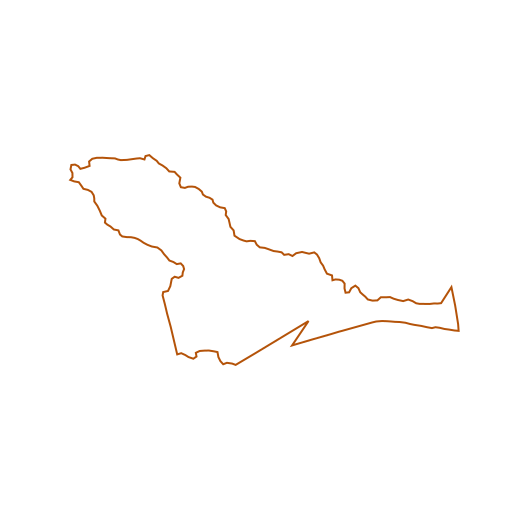 the district of Miguel Pereira, Rio de Janeiro, Brazil, rotated 228°
{"feature_id": "56859067B27142515072049", "entity_name": "Miguel Pereira", "entity_type": "district", "adm_level": 2, "iso_a3": "BRA", "parent_name": "Brazil", "parent_adm1": "Rio de Janeiro", "projection": "mercator", "projection_center": [-43.464, -22.53], "detail": "fine", "context": "isolated", "style": "outline", "palette": "amber", "viewbox_px": 512, "rotation_deg": 228, "n_neighbors": 0, "source": "geoboundaries", "source_scale": "gbopen_adm2", "svg_char_len": 2755}
<svg xmlns="http://www.w3.org/2000/svg" viewBox="0 0 512 512"><g transform="rotate(228 256 256)"><path d="M437.9,195.2L434.3,192.6L436.3,187.6L438.3,183.8L441.7,184.0L445.0,182.7L447.2,179.7L444.5,176.1L440.5,175.1L437.3,172.3L436.8,168.9L433.1,170.8L429.4,173.7L424.9,173.2L421.4,172.7L417.6,175.3L413.7,176.7L409.7,176.0L407.1,174.4L404.7,172.3L399.5,171.7L394.1,170.2L389.3,168.5L384.5,169.1L381.9,166.1L378.8,166.5L375.3,167.6L370.8,168.1L367.1,170.9L363.0,169.3L360.0,169.7L356.4,172.7L353.7,175.6L350.7,177.9L347.7,179.5L344.6,180.5L341.1,181.3L337.0,182.8L332.8,184.9L328.3,188.4L323.5,189.4L318.9,188.9L314.4,188.9L310.6,188.6L306.8,190.6L303.0,191.7L300.9,195.1L297.3,195.2L294.4,193.8L292.8,190.6L290.6,188.1L291.6,183.8L295.0,181.7L295.4,178.1L293.0,174.9L290.9,172.1L288.9,167.2L291.3,162.9L289.2,160.2L281.3,156.1L276.7,153.6L272.9,151.5L260.4,145.2L235.6,131.6L233.8,135.4L229.7,137.2L226.1,138.2L221.6,140.7L221.1,144.5L224.3,146.5L223.1,150.6L220.0,154.6L217.2,157.8L213.5,160.8L210.4,163.1L206.0,160.4L201.7,159.2L197.5,159.2L196.1,162.9L192.0,166.3L188.7,168.0L184.2,190.5L172.5,251.5L169.7,240.3L165.4,223.0L156.5,241.6L147.9,259.2L144.2,267.1L142.8,269.8L128.8,298.0L126.9,301.5L123.3,306.2L119.8,309.8L116.9,312.6L114.2,315.1L110.8,318.6L106.4,322.4L102.5,324.9L99.0,327.5L93.5,332.0L88.7,335.4L84.7,338.5L83.0,341.7L79.7,344.5L75.7,347.2L72.2,350.2L67.9,353.6L64.8,356.5L70.1,360.6L83.2,369.1L86.0,370.9L102.1,380.4L97.1,362.0L99.1,359.2L101.5,356.7L104.2,352.9L107.9,348.9L111.0,345.5L113.7,343.4L117.6,342.2L121.8,340.0L124.0,335.2L128.4,332.0L132.2,329.7L135.8,328.1L138.4,324.9L141.8,321.2L141.8,316.5L144.9,312.7L148.9,310.0L152.6,310.0L156.2,309.5L159.3,309.2L163.6,310.6L167.5,310.0L168.3,305.3L166.7,300.9L168.8,298.0L172.7,300.1L176.2,303.4L179.8,303.6L182.7,302.0L185.4,299.4L186.8,296.6L190.7,299.5L195.4,296.9L200.2,298.1L203.9,299.4L208.0,299.8L212.1,301.5L216.3,302.3L219.7,301.7L222.2,297.0L225.1,295.0L228.2,292.9L231.2,287.7L231.6,283.1L235.5,281.5L238.0,277.7L241.6,277.5L245.0,274.9L247.9,272.4L252.8,269.8L256.2,267.9L259.9,264.6L263.9,264.1L267.8,265.1L271.1,261.9L273.2,258.8L275.8,257.1L279.6,255.1L285.5,253.6L290.0,256.5L294.8,256.5L298.0,258.3L301.8,260.4L306.7,260.9L309.1,263.7L312.5,264.8L316.2,261.9L320.3,260.2L324.2,260.0L327.0,261.4L330.4,260.4L333.6,258.5L337.2,257.7L340.1,258.8L344.1,258.3L348.1,256.9L350.5,254.8L352.9,251.9L354.2,248.7L357.4,246.2L361.3,247.6L364.8,252.2L369.7,251.8L373.0,251.8L376.9,248.1L381.2,248.1L385.8,247.1L389.8,245.7L393.2,245.9L397.7,244.8L402.4,244.2L404.2,240.8L402.4,237.7L406.3,235.2L408.4,232.4L413.8,224.4L417.7,219.7L420.2,217.9L422.9,216.5L427.0,212.3L431.6,207.8L435.5,203.4L437.8,199.4L437.9,195.2Z" fill="none" stroke="#b45309" stroke-width="2"/></g></svg>